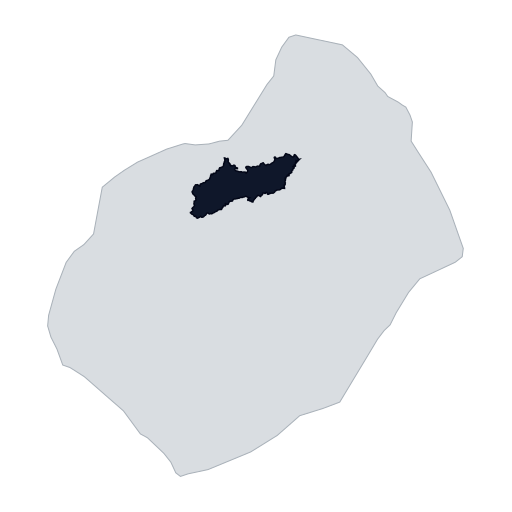 Senqunyane, Mohale's Hoek, Lesotho (highlighted), rotated 181°
{"feature_id": "5366337B33484632256232", "entity_name": "Senqunyane", "entity_type": "district", "adm_level": 2, "iso_a3": "LSO", "parent_name": "Lesotho", "parent_adm1": "Mohale's Hoek", "projection": "natural_earth1", "projection_center": [28.303, -29.937], "detail": "fine", "context": "in_parent", "style": "filled", "palette": "ink", "viewbox_px": 512, "rotation_deg": 181, "n_neighbors": 0, "source": "geoboundaries", "source_scale": "gbopen_adm2", "svg_char_len": 7039}
<svg xmlns="http://www.w3.org/2000/svg" viewBox="0 0 512 512"><g transform="rotate(181 256 256)"><path d="M347.0,361.4L331.1,366.7L328.9,367.2L318.7,366.0L305.1,367.2L294.4,370.2L286.1,371.2L272.5,386.5L248.0,427.7L241.4,436.3L239.6,452.5L233.9,465.3L226.9,475.3L220.1,477.7L199.6,473.7L173.3,468.6L158.0,456.2L144.4,439.9L137.2,428.0L129.7,421.5L127.1,417.8L116.4,412.3L112.4,409.5L108.8,407.5L104.5,399.6L102.0,392.7L102.9,373.6L95.4,362.2L82.4,342.8L74.2,326.9L63.0,305.1L56.1,286.5L48.9,267.2L49.8,258.9L56.6,253.3L76.4,243.6L91.8,236.1L102.8,222.3L114.8,201.8L120.7,189.5L126.5,183.8L132.9,175.1L144.0,155.8L156.4,134.4L169.7,111.4L186.5,104.7L209.5,97.1L231.6,77.0L257.9,60.0L300.3,41.6L320.1,37.0L327.7,34.3L332.4,37.8L337.5,48.3L344.7,57.1L361.4,72.4L368.5,76.1L385.8,98.8L404.2,114.3L425.5,132.3L440.0,141.2L447.3,143.6L453.4,159.5L459.6,171.3L463.1,182.4L462.3,193.1L455.5,219.4L445.7,246.3L437.8,257.5L428.2,264.5L418.8,275.2L415.2,296.7L410.9,322.1L398.7,332.5L389.2,339.4L376.1,347.8L347.0,361.4Z" fill="#d9dde1" stroke="#a8b0b8" stroke-width="1"/><path d="M227.9,358.9L228.1,358.8L228.3,358.5L229.7,356.0L230.0,355.7L230.5,355.4L232.6,355.1L233.4,354.9L234.0,354.9L235.5,354.1L236.5,353.9L237.5,354.0L238.0,354.2L238.3,355.1L238.9,355.3L239.3,355.1L239.5,354.7L239.3,354.2L238.9,353.2L238.8,352.6L239.7,350.5L240.5,349.8L242.4,348.8L243.1,347.9L243.5,347.7L244.4,347.6L245.4,347.9L245.7,347.9L246.8,347.4L247.5,346.6L247.9,346.8L249.4,348.0L250.4,349.3L251.1,349.1L252.0,348.5L252.7,348.4L253.0,348.1L253.7,346.9L253.7,346.1L253.8,345.9L254.2,345.7L255.6,345.9L256.0,345.9L257.5,345.3L258.0,344.9L258.6,345.0L259.3,345.3L260.7,345.3L261.0,345.1L261.3,344.6L261.7,344.4L263.0,344.5L265.1,345.4L267.0,345.3L267.3,345.1L267.6,344.8L267.7,344.5L267.7,344.1L266.8,342.9L265.8,341.9L265.7,341.6L265.8,341.0L266.0,340.1L266.6,339.5L267.1,338.6L267.3,338.6L267.6,338.9L267.8,339.4L268.3,339.7L269.9,339.7L271.3,339.4L271.5,339.5L271.8,339.9L272.1,340.0L272.6,339.8L272.9,340.0L273.4,339.8L274.3,339.9L276.0,340.5L277.7,340.8L278.9,342.3L279.0,342.6L278.8,342.9L278.1,343.5L277.6,343.5L277.0,343.0L276.6,342.9L276.1,343.0L276.1,343.6L276.6,343.9L277.9,344.2L278.3,344.7L278.5,345.8L278.7,346.1L279.3,346.4L280.0,346.4L280.9,345.6L282.2,346.0L282.5,345.6L282.9,345.6L283.4,346.5L283.5,347.4L283.8,347.8L285.1,349.2L285.5,349.8L285.3,351.8L285.6,352.4L285.7,353.0L285.8,353.1L286.4,353.0L287.8,352.5L288.4,352.9L288.6,353.4L289.3,353.5L289.2,352.8L288.9,352.1L288.9,351.3L288.8,351.0L288.7,350.4L288.8,350.1L289.1,350.0L289.3,349.7L289.4,349.2L289.3,348.7L289.7,348.3L289.9,347.7L290.0,347.1L289.9,346.5L290.1,345.6L291.0,344.4L292.3,344.1L292.8,343.7L293.8,343.6L294.1,343.1L294.1,342.7L294.4,342.3L294.5,341.5L294.4,341.0L294.5,340.8L295.6,340.7L296.5,340.8L296.8,340.7L297.4,339.2L297.5,338.3L298.5,338.0L299.8,338.0L300.1,337.9L300.4,337.5L300.5,336.9L300.7,336.6L301.0,336.6L301.8,337.1L302.3,337.0L302.4,336.2L302.8,335.5L303.0,333.9L303.2,333.5L303.6,333.0L303.6,332.5L303.7,332.3L304.2,331.7L305.1,331.0L306.0,330.8L306.3,330.6L306.9,330.5L307.1,330.4L307.4,330.0L308.0,328.7L308.7,328.4L309.6,328.4L310.5,328.0L310.9,327.6L312.8,327.0L312.9,326.4L313.3,326.0L313.5,325.6L313.4,325.0L314.8,325.5L315.4,326.2L315.6,326.3L315.9,326.3L316.4,326.0L316.9,326.2L317.4,326.2L317.8,326.0L318.6,324.6L319.3,323.9L319.5,322.8L319.7,322.3L319.8,321.4L320.0,320.6L320.3,320.1L320.9,319.5L321.0,318.9L320.9,318.7L320.5,317.9L320.4,317.4L320.0,316.8L319.2,316.2L318.1,314.9L317.3,314.4L316.9,314.3L317.0,314.0L317.0,313.6L317.4,312.8L317.1,311.6L317.0,311.1L317.1,310.7L317.8,310.1L318.8,309.7L318.7,308.7L318.8,308.5L318.8,308.0L319.0,307.0L318.6,306.8L318.6,306.2L318.4,305.5L319.2,303.9L319.9,303.5L320.8,302.4L320.8,302.1L320.3,301.7L319.9,301.0L320.0,299.9L320.1,299.7L320.4,299.5L321.1,299.3L322.1,298.3L322.3,298.3L322.3,298.0L321.6,297.5L321.2,297.0L320.6,296.6L319.4,296.2L318.8,295.4L318.4,294.6L318.0,294.6L317.4,294.8L316.8,294.6L316.6,294.3L316.4,293.4L315.6,292.9L315.1,292.8L314.7,293.0L313.8,293.5L312.5,294.2L311.9,294.8L311.7,294.7L311.4,294.2L311.0,293.8L309.9,293.9L309.5,294.1L308.7,294.7L308.2,295.5L307.2,295.9L306.1,297.6L305.5,298.2L304.7,298.1L303.9,297.5L303.5,297.2L303.0,297.3L302.2,297.6L301.8,297.6L301.0,297.4L300.6,297.6L300.0,298.1L298.4,298.8L297.7,299.4L295.8,300.2L294.7,301.4L293.4,301.8L291.4,301.9L291.2,302.1L290.8,303.2L290.0,304.1L289.5,305.5L289.3,305.7L288.9,305.8L288.0,305.5L287.8,305.5L287.5,305.8L287.3,306.0L287.5,306.4L287.4,307.1L287.6,307.7L287.6,307.9L287.2,307.9L286.7,307.5L286.1,307.2L285.2,307.1L284.8,307.3L284.6,307.6L284.5,308.0L283.5,310.1L282.6,310.2L280.5,310.6L280.0,311.9L278.2,312.9L277.4,312.7L276.6,313.0L275.7,313.1L274.7,313.5L274.0,313.4L272.8,314.2L272.4,314.3L270.7,314.3L270.2,314.4L269.7,314.8L268.7,314.9L267.6,315.5L267.3,315.6L266.2,315.2L265.3,314.6L263.6,314.1L264.2,313.8L264.6,313.5L264.9,313.0L265.2,312.4L265.1,311.5L264.6,311.5L263.7,311.7L263.6,311.3L263.4,311.1L262.9,311.1L262.8,310.9L262.1,310.8L261.5,310.2L260.1,309.9L259.9,310.3L259.8,311.0L258.3,313.2L257.7,313.6L257.5,314.3L256.3,315.3L255.8,316.1L255.5,316.4L255.1,316.6L254.6,316.6L253.6,316.2L252.5,315.5L252.3,315.6L252.2,316.1L251.7,316.9L251.3,317.2L250.8,317.2L250.6,317.5L250.1,319.2L248.7,319.0L248.1,318.7L247.8,318.8L247.4,319.6L246.7,319.5L246.3,319.8L245.8,318.8L245.7,318.3L245.6,318.1L245.2,317.9L244.3,318.0L244.0,318.2L243.7,319.0L242.6,318.8L241.4,319.2L240.0,319.1L238.6,320.1L238.0,321.4L237.5,321.4L236.8,322.0L236.0,322.3L235.1,322.5L233.9,322.5L232.9,322.9L232.5,323.1L232.0,323.8L231.7,324.2L231.0,324.1L230.8,324.2L230.3,324.2L230.2,324.4L229.2,324.1L228.7,324.1L228.8,324.4L228.7,325.2L228.8,325.4L229.0,325.3L229.2,325.8L229.2,326.0L228.9,326.7L229.0,327.4L228.7,327.4L228.3,327.6L228.1,327.9L228.2,328.4L228.1,329.0L227.9,329.6L228.0,329.8L228.4,330.1L228.5,330.7L227.9,332.0L228.2,332.9L227.8,333.3L227.6,333.6L227.8,333.9L228.2,334.2L228.2,334.5L227.8,334.5L227.5,334.7L227.1,335.7L227.0,335.9L226.4,336.1L226.2,337.0L225.8,336.9L225.4,337.0L225.4,337.4L225.2,337.5L224.9,337.2L225.0,336.8L224.5,336.8L224.4,337.0L224.3,337.5L224.8,338.1L224.4,338.4L224.3,338.8L224.0,338.7L221.8,340.1L221.7,340.3L221.8,341.2L221.4,342.2L221.3,342.4L220.7,342.7L220.7,343.1L220.8,343.4L220.6,343.6L220.4,343.9L219.6,344.4L219.4,345.0L219.5,345.3L220.5,345.7L220.7,346.1L220.0,346.3L219.8,346.8L219.4,346.9L219.1,347.0L218.7,346.5L218.4,346.5L218.1,346.6L218.1,346.8L218.3,347.3L218.6,347.5L219.1,347.5L219.4,347.8L219.3,348.0L218.8,348.1L218.0,348.8L218.0,349.1L218.2,349.4L218.3,349.8L218.1,350.1L218.0,350.5L217.6,350.4L217.1,350.1L217.0,350.3L217.8,350.8L217.8,351.1L217.5,351.5L217.6,352.1L217.2,352.0L216.8,351.4L216.5,351.2L216.1,351.2L216.0,351.3L216.1,351.5L216.0,352.2L215.3,352.3L214.2,353.4L214.6,353.3L215.4,353.9L216.1,355.0L217.2,356.3L218.2,357.5L218.8,357.9L219.2,358.0L219.7,357.5L219.8,357.0L219.7,356.6L219.8,356.1L220.7,355.6L221.1,355.6L222.7,356.5L224.2,357.7L224.8,358.0L225.8,358.1L227.9,358.9Z" fill="#0f172a" stroke="#020617" stroke-width="1.5"/></g></svg>